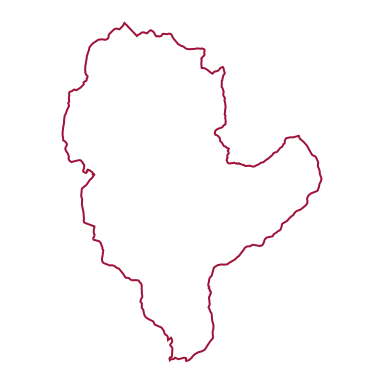 Pietroasa, Timis, Romania (Albers equal-area conic projection)
{"feature_id": "2599482B40704425505074", "entity_name": "Pietroasa", "entity_type": "district", "adm_level": 2, "iso_a3": "ROU", "parent_name": "Romania", "parent_adm1": "Timis", "projection": "albers", "projection_center": [22.44, 45.772], "detail": "fine", "context": "isolated", "style": "outline", "palette": "rose", "viewbox_px": 384, "rotation_deg": 0, "n_neighbors": 0, "source": "geoboundaries", "source_scale": "gbopen_adm2", "svg_char_len": 5852}
<svg xmlns="http://www.w3.org/2000/svg" viewBox="0 0 384 384"><path d="M208.0,344.6L210.4,341.1L212.9,338.3L212.9,336.2L212.6,331.8L213.4,328.6L213.5,326.0L213.2,324.1L212.2,320.6L211.6,313.7L211.3,312.9L210.4,311.8L210.2,310.8L208.5,307.3L209.4,305.3L209.7,304.2L209.0,297.4L209.4,296.3L210.0,295.7L209.9,295.0L210.9,293.3L210.9,292.6L210.7,291.5L210.0,291.3L209.8,290.9L209.8,289.4L208.7,288.4L208.7,287.6L209.3,286.9L208.4,285.8L208.2,285.1L208.5,283.2L209.0,281.6L209.2,279.2L210.4,276.9L211.6,275.9L213.7,268.3L214.4,267.2L217.6,265.2L221.6,264.4L224.0,264.7L227.4,264.3L228.8,263.1L235.1,259.4L237.2,257.2L238.9,256.0L243.7,249.7L244.7,248.0L246.9,246.5L250.4,246.2L251.9,245.0L253.1,244.8L259.9,246.0L262.3,245.2L263.7,242.9L264.7,239.7L265.4,238.7L267.2,237.4L272.5,236.3L273.1,235.6L273.4,234.6L274.2,233.9L276.2,232.7L277.7,231.4L279.9,230.2L280.7,229.3L281.6,226.5L282.1,224.0L282.6,223.5L287.3,220.8L288.4,219.3L291.3,216.4L293.2,215.2L294.4,213.1L296.0,211.5L297.8,210.5L298.9,210.3L300.9,209.3L305.7,205.4L307.3,203.3L307.4,200.3L307.2,199.8L307.1,198.4L307.9,196.4L309.5,194.5L311.0,193.4L316.9,191.1L317.8,190.3L318.0,190.0L318.2,188.6L318.7,188.0L319.5,183.9L321.0,181.0L321.5,178.6L319.7,173.6L319.8,172.3L319.3,169.6L317.8,166.2L318.2,162.3L315.7,156.7L312.0,154.8L306.8,145.4L303.6,141.9L299.9,138.7L299.5,137.9L298.8,135.8L293.0,137.4L290.4,137.3L286.1,138.2L284.9,140.5L284.6,143.5L283.3,144.2L283.2,144.8L282.3,146.6L280.2,148.0L277.1,151.8L273.9,152.9L273.2,153.6L272.3,155.1L268.1,158.7L266.4,159.7L263.2,162.3L261.0,162.7L258.5,164.5L256.6,165.2L254.3,166.5L252.8,166.6L249.9,165.7L245.2,166.0L243.8,165.0L241.8,164.6L240.3,163.9L239.7,163.9L238.6,163.1L237.6,163.8L237.0,163.8L236.1,163.2L235.5,163.3L234.3,162.8L229.0,163.5L228.4,163.3L227.6,162.5L226.6,160.2L227.1,158.3L227.6,157.9L227.3,156.5L227.5,154.6L228.8,153.3L228.4,151.8L227.8,151.1L227.8,150.7L228.3,150.1L228.8,148.7L226.7,147.7L225.4,146.5L224.2,146.2L223.3,145.3L222.5,143.6L221.6,142.3L220.1,140.9L219.9,138.5L219.2,137.2L217.6,135.6L215.4,134.7L214.8,133.3L215.2,131.1L216.2,129.9L218.0,128.8L221.8,127.5L222.6,126.9L223.6,125.4L225.1,124.6L225.6,123.9L225.4,122.8L225.8,121.1L225.2,118.0L225.4,116.7L225.4,115.6L224.7,114.6L225.2,109.9L225.1,109.3L225.5,108.3L225.6,107.4L225.2,103.3L224.5,100.5L224.9,98.1L224.4,97.1L223.4,95.7L223.2,94.4L223.5,93.2L223.6,91.4L222.5,88.1L221.7,87.2L221.6,86.7L221.8,84.8L221.7,83.3L221.8,80.9L222.3,80.1L222.5,78.3L223.0,77.2L223.0,76.6L223.5,75.2L224.2,74.1L224.6,73.8L224.8,73.1L223.7,69.5L223.7,68.6L222.8,67.0L220.6,67.8L218.5,70.4L217.0,71.1L214.3,71.7L213.3,72.7L212.8,73.5L212.4,73.7L209.2,71.4L207.6,70.0L204.7,68.2L201.7,68.0L201.3,64.1L201.6,60.0L201.3,58.4L204.3,55.2L204.6,54.4L204.1,52.4L204.6,51.0L204.6,50.1L204.3,49.4L204.1,49.2L201.8,48.4L200.9,48.8L197.7,48.4L193.6,49.0L188.4,49.2L186.0,48.6L183.3,46.5L181.0,45.8L177.7,43.8L177.2,42.9L173.6,38.7L171.9,35.8L171.6,34.6L169.8,33.7L168.6,33.7L167.1,34.2L162.9,33.8L162.6,34.0L161.6,35.6L160.7,36.1L159.2,36.5L158.1,36.1L156.5,36.4L155.9,36.0L154.6,33.9L154.5,33.3L153.4,31.8L151.3,30.4L150.5,30.2L148.3,32.0L147.3,33.2L146.8,33.3L144.0,32.4L142.3,32.4L141.5,32.7L140.1,33.9L138.2,34.8L136.9,36.0L128.9,27.5L128.5,27.4L128.1,26.5L124.4,23.0L122.8,25.9L119.5,29.3L116.7,28.6L114.8,28.9L113.8,29.6L109.0,34.3L108.7,35.3L108.5,37.3L108.0,38.4L106.8,39.3L105.2,39.8L101.9,39.3L98.4,39.7L93.1,43.2L91.0,45.3L89.4,47.6L88.7,50.9L87.7,53.3L87.7,54.0L87.0,55.5L86.8,56.6L86.5,59.6L85.8,62.7L85.8,63.8L85.2,66.8L85.3,68.2L85.1,69.5L85.4,71.6L85.2,72.2L85.8,73.7L85.9,74.4L87.6,76.2L87.4,77.6L86.6,78.6L86.8,79.1L86.5,80.4L85.8,81.2L84.7,81.4L84.0,81.9L83.5,82.8L83.9,84.0L83.7,84.4L80.7,87.5L77.4,89.7L76.4,89.9L76.1,90.2L74.1,89.5L72.0,91.1L69.7,91.9L69.3,92.6L69.0,93.8L69.3,95.3L68.9,97.5L69.0,98.3L69.0,100.0L69.3,100.9L69.0,102.0L68.1,103.1L68.8,104.7L69.0,106.2L67.8,108.2L65.4,114.5L64.7,115.6L64.1,120.1L64.0,123.3L63.5,125.4L62.5,133.1L62.7,134.5L62.6,135.8L63.1,137.8L63.2,140.3L65.5,141.8L67.0,144.1L66.9,144.9L65.5,147.6L65.3,148.9L65.8,150.5L68.2,154.3L68.9,156.8L68.5,158.5L69.5,160.7L71.5,162.1L75.2,161.0L79.6,160.1L80.8,160.4L81.6,161.4L82.3,161.9L82.8,163.2L84.2,164.9L84.1,167.6L83.7,169.2L83.3,169.8L83.2,171.1L83.4,171.8L86.0,173.0L87.5,171.1L87.1,170.5L87.9,169.6L89.6,170.3L91.8,171.9L93.5,173.9L92.8,174.5L93.1,174.9L93.7,174.7L93.9,174.2L94.3,174.7L92.0,178.0L89.9,179.8L86.5,184.8L82.3,188.2L81.8,189.1L81.2,196.1L82.1,199.0L81.9,205.0L82.4,206.4L82.5,208.0L83.1,210.3L83.6,213.7L83.7,216.4L84.0,218.2L83.7,220.9L84.0,222.3L84.9,222.9L94.4,226.4L94.5,227.1L93.9,229.0L93.7,231.6L93.8,233.3L94.6,234.6L94.2,236.3L93.3,238.0L93.3,239.2L93.4,239.5L94.0,239.9L98.9,241.1L100.6,242.7L102.4,247.6L102.4,248.8L103.3,250.1L102.5,256.2L101.9,258.9L102.3,261.4L103.0,262.4L103.7,263.1L109.7,265.4L110.3,265.5L111.8,265.2L114.4,265.9L116.6,267.8L118.9,268.6L123.6,274.4L125.3,277.4L126.3,277.8L128.9,278.0L130.1,279.4L132.3,280.3L135.3,280.1L138.3,280.4L138.7,280.6L139.3,281.7L140.9,283.4L141.4,284.3L141.8,285.7L141.6,288.9L141.9,291.2L141.8,293.5L142.3,295.9L142.3,297.0L141.5,298.2L140.7,300.2L140.4,301.7L141.9,303.4L141.7,307.6L143.4,310.1L143.9,313.4L144.8,315.9L146.4,317.7L147.4,318.4L150.0,319.9L152.8,321.1L153.9,322.5L154.2,323.8L154.8,324.6L161.4,327.5L163.4,330.2L164.2,331.8L164.3,332.8L164.6,333.4L165.4,334.5L167.2,335.8L167.6,336.6L168.0,338.4L168.0,340.0L171.1,337.8L171.6,338.8L172.2,340.8L172.2,341.7L171.6,342.8L170.2,344.5L170.2,345.0L170.3,345.4L172.0,347.3L172.4,348.3L172.0,355.8L171.5,357.0L170.1,357.4L169.7,357.8L169.5,359.0L169.8,360.2L170.6,359.4L173.2,359.1L174.4,358.5L174.9,357.7L178.6,359.2L183.6,357.8L185.6,357.9L186.0,358.2L185.9,360.2L186.3,361.0L189.1,360.0L191.8,357.7L192.6,356.3L194.7,354.3L198.2,352.3L201.6,351.4L204.2,350.1L205.1,349.2L208.0,344.6Z" fill="none" stroke="#9f1239" stroke-width="2"/></svg>